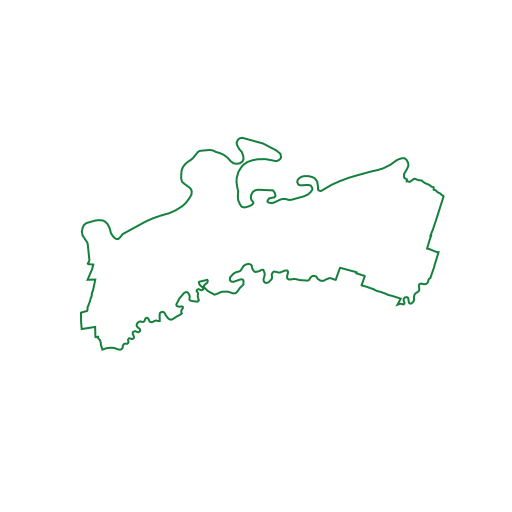 Grozesti, Iasi, Romania (Robinson projection), rotated 315°
{"feature_id": "2599482B13822693559247", "entity_name": "Grozesti", "entity_type": "district", "adm_level": 2, "iso_a3": "ROU", "parent_name": "Romania", "parent_adm1": "Iasi", "projection": "robinson", "projection_center": [28.02, 46.999], "detail": "fine", "context": "isolated", "style": "outline", "palette": "green", "viewbox_px": 512, "rotation_deg": 315, "n_neighbors": 0, "source": "geoboundaries", "source_scale": "gbopen_adm2", "svg_char_len": 6142}
<svg xmlns="http://www.w3.org/2000/svg" viewBox="0 0 512 512"><g transform="rotate(315 256 256)"><path d="M416.9,308.5L416.1,305.7L416.8,304.5L418.7,302.7L424.2,301.3L427.5,300.0L429.4,297.8L430.4,294.5L430.1,291.8L428.5,290.2L425.4,288.5L422.0,287.5L415.9,286.6L408.0,284.0L403.1,281.4L395.9,276.9L384.8,270.6L376.9,266.3L368.1,262.3L360.1,259.2L347.9,256.0L347.0,254.7L346.7,253.4L347.2,252.5L348.3,251.5L350.0,249.3L351.9,246.6L352.3,244.4L352.4,242.2L351.6,240.1L349.9,237.0L346.6,233.6L344.1,232.1L341.1,231.5L339.0,231.8L337.4,232.9L336.5,235.4L337.3,237.4L343.0,242.5L344.5,244.8L344.0,247.4L342.9,248.9L340.1,249.4L336.6,249.3L332.3,247.8L321.7,241.8L320.0,240.7L318.7,239.3L317.3,236.7L315.3,234.6L313.1,233.3L306.4,230.9L304.4,229.7L302.6,226.9L302.6,225.6L303.7,224.9L306.1,224.6L310.5,227.5L312.3,227.3L313.9,224.6L314.4,221.6L304.2,210.5L301.7,208.9L299.0,208.5L296.0,209.3L293.7,210.9L292.4,213.2L292.2,215.8L291.3,216.9L288.6,216.8L285.5,215.5L282.2,213.6L280.7,211.0L281.2,208.1L282.9,203.9L285.2,201.1L289.1,197.7L291.5,193.9L294.8,189.6L297.7,187.1L302.9,184.1L308.0,182.9L311.9,182.6L316.7,183.6L321.3,185.9L325.5,188.7L331.3,194.3L337.4,203.3L339.9,204.4L342.2,204.5L343.4,204.0L345.5,201.1L345.0,195.7L340.5,181.4L330.0,162.9L327.9,161.4L325.6,160.9L322.3,162.2L320.9,164.6L319.8,168.3L319.4,172.8L317.2,177.0L315.6,178.7L313.3,179.6L310.0,179.0L307.2,176.8L305.6,174.4L305.1,170.9L305.4,166.3L304.7,161.5L303.4,158.1L301.2,154.0L300.1,150.7L298.0,148.1L292.2,143.2L290.1,141.7L288.2,141.4L280.7,142.2L277.6,141.9L274.2,141.2L270.8,141.0L267.3,141.4L263.7,143.0L258.1,148.0L256.2,151.2L256.3,153.6L257.2,159.7L257.4,162.1L256.4,164.7L253.7,167.0L249.3,168.1L243.7,168.9L238.8,168.6L231.2,166.8L224.5,164.2L217.8,160.4L210.1,156.6L202.3,153.6L177.1,146.2L173.7,146.7L170.5,146.6L169.1,144.9L168.7,142.4L169.0,139.8L169.6,137.3L172.4,132.4L173.7,128.0L173.5,124.6L172.9,122.7L170.2,119.5L167.3,117.2L159.4,112.8L156.2,112.4L153.5,113.4L150.3,115.4L147.9,118.8L146.2,127.3L145.4,128.6L135.2,141.2L133.4,142.1L131.9,142.2L131.6,143.1L134.9,147.0L130.9,149.4L120.1,153.7L125.7,159.0L116.3,165.2L116.1,165.1L113.3,166.5L113.1,166.9L110.4,168.7L109.8,168.7L106.1,170.8L100.1,173.5L99.1,174.7L97.7,175.4L92.2,172.3L85.9,178.7L81.1,184.4L92.1,192.4L85.2,199.7L85.2,200.0L87.2,201.4L86.2,202.6L86.2,204.8L85.9,205.9L84.4,208.2L83.5,209.1L81.2,213.6L85.1,215.5L88.4,218.1L90.6,220.6L92.8,225.1L93.8,226.3L95.2,226.8L96.0,226.7L96.8,226.6L98.5,225.2L100.3,224.9L101.5,225.4L102.7,226.9L103.7,227.1L104.8,226.8L106.4,224.7L107.6,224.3L108.4,224.7L109.5,226.9L109.9,227.3L111.1,227.7L112.2,227.2L112.6,226.7L114.0,223.6L114.9,222.9L115.8,222.8L117.4,223.7L118.5,226.2L118.9,226.7L119.7,227.1L120.5,227.1L121.6,226.6L122.0,226.0L122.2,225.3L122.0,223.4L122.0,221.6L122.5,220.6L124.1,219.7L125.9,219.6L126.7,219.7L128.1,220.6L128.8,222.0L129.4,222.7L130.2,223.1L131.1,223.1L133.5,222.1L134.5,222.1L135.2,222.6L135.5,223.1L135.5,223.6L135.4,224.5L134.5,227.1L134.6,227.9L135.0,228.6L136.3,229.6L138.2,230.1L139.8,231.0L140.7,232.7L142.0,233.9L146.2,229.5L147.8,228.4L148.7,228.5L150.1,229.2L150.6,229.6L151.0,230.4L151.1,231.2L150.9,232.4L150.3,234.1L149.8,237.4L149.9,239.3L151.0,241.1L152.4,241.7L157.1,242.7L159.9,243.7L162.9,244.2L163.3,243.0L164.5,241.9L165.6,241.5L167.1,241.3L168.2,240.4L168.1,239.5L167.7,239.1L165.8,237.5L164.7,235.7L164.7,235.0L165.4,233.9L172.2,231.8L179.3,231.3L181.2,232.2L181.6,232.8L181.9,233.7L181.8,234.5L181.2,236.7L180.6,237.7L178.6,239.2L178.1,239.9L178.0,240.8L178.8,242.4L182.1,246.8L184.1,247.0L186.3,243.3L188.6,241.4L189.1,240.4L189.1,239.0L189.7,238.4L190.7,238.2L191.9,238.8L192.3,239.5L192.9,241.1L193.3,241.7L195.0,242.3L195.6,241.6L196.1,240.6L195.8,237.3L196.0,235.9L196.9,234.4L197.5,234.0L204.7,238.4L204.3,239.5L203.2,240.2L202.3,240.4L198.9,240.1L198.0,240.3L197.4,240.9L197.1,241.9L197.2,246.8L199.3,254.0L203.1,255.8L204.9,256.3L207.5,257.9L211.0,261.5L213.4,266.3L214.9,267.6L216.0,268.0L218.0,267.9L222.0,267.2L226.9,267.3L229.6,264.7L229.9,263.9L229.9,263.2L229.2,262.1L226.9,260.8L221.7,258.3L220.4,256.5L220.4,254.8L221.3,253.7L222.6,252.8L227.1,252.6L228.6,252.8L230.9,253.6L232.8,254.8L234.1,255.3L235.1,255.4L239.8,254.3L240.8,254.3L243.0,254.9L245.3,256.4L246.3,258.7L246.2,259.7L244.7,261.8L244.1,263.4L243.9,264.8L243.9,266.2L244.5,267.1L247.5,269.0L249.9,269.6L251.3,270.8L251.1,271.8L250.0,274.1L248.8,275.5L244.6,278.0L243.9,278.9L243.5,280.3L243.6,281.4L244.3,282.4L245.5,283.1L246.7,283.5L250.7,283.4L252.1,282.6L253.8,280.5L254.8,279.8L256.4,279.5L257.6,279.6L259.0,281.4L260.2,283.6L261.3,284.7L265.6,286.5L267.0,287.4L267.7,288.3L267.7,289.5L266.9,290.4L264.1,292.0L263.2,292.8L262.4,293.7L262.3,294.6L262.6,295.7L263.5,296.8L266.8,299.2L267.9,300.6L269.9,304.0L275.0,309.8L276.1,310.4L277.0,310.4L279.6,309.7L281.8,310.1L282.8,310.8L283.7,312.2L284.0,313.5L283.5,315.7L284.1,318.9L285.6,320.8L286.7,321.5L289.0,322.1L292.3,323.6L293.2,324.6L294.9,328.4L295.5,329.2L306.7,323.9L307.2,323.9L315.4,338.2L315.6,338.7L314.7,339.2L318.7,346.8L318.6,347.2L309.9,351.4L310.0,351.8L311.1,353.4L312.5,356.1L315.9,363.2L315.8,363.7L317.2,367.0L318.3,368.7L320.7,373.6L321.8,376.6L325.2,382.6L328.1,388.5L321.6,390.5L323.6,391.4L324.7,392.2L325.8,394.3L326.7,394.7L327.6,394.4L327.9,394.0L329.0,391.7L329.8,391.0L331.2,390.6L331.8,390.6L333.0,391.2L333.8,392.2L334.0,393.2L331.2,397.0L331.1,398.1L331.9,399.3L333.6,399.6L334.7,399.6L336.5,399.0L338.9,396.6L340.2,395.7L341.5,395.3L342.1,395.2L345.6,395.9L346.8,395.8L347.8,395.1L348.8,394.0L350.3,392.0L351.3,391.5L352.1,391.6L353.4,392.4L354.8,394.7L356.0,395.8L356.7,396.1L358.2,396.3L359.2,396.0L361.5,394.7L363.1,394.6L363.6,394.9L374.7,389.5L375.3,389.0L387.8,382.4L386.9,381.4L386.2,380.2L383.4,373.5L382.2,371.7L389.6,367.7L394.1,365.5L393.7,365.0L400.1,362.2L410.2,357.2L430.9,346.4L430.9,345.8L430.5,344.1L430.4,341.8L429.5,339.4L429.6,336.7L428.5,334.8L428.7,334.4L429.3,334.1L430.2,333.0L429.1,331.0L428.8,328.1L427.6,325.4L426.9,323.2L426.6,321.4L426.6,319.9L424.6,317.4L422.7,313.4L422.0,313.1L417.6,312.4L416.8,311.9L415.9,310.2L415.3,309.7L416.9,308.5Z" fill="none" stroke="#15803d" stroke-width="2"/></g></svg>